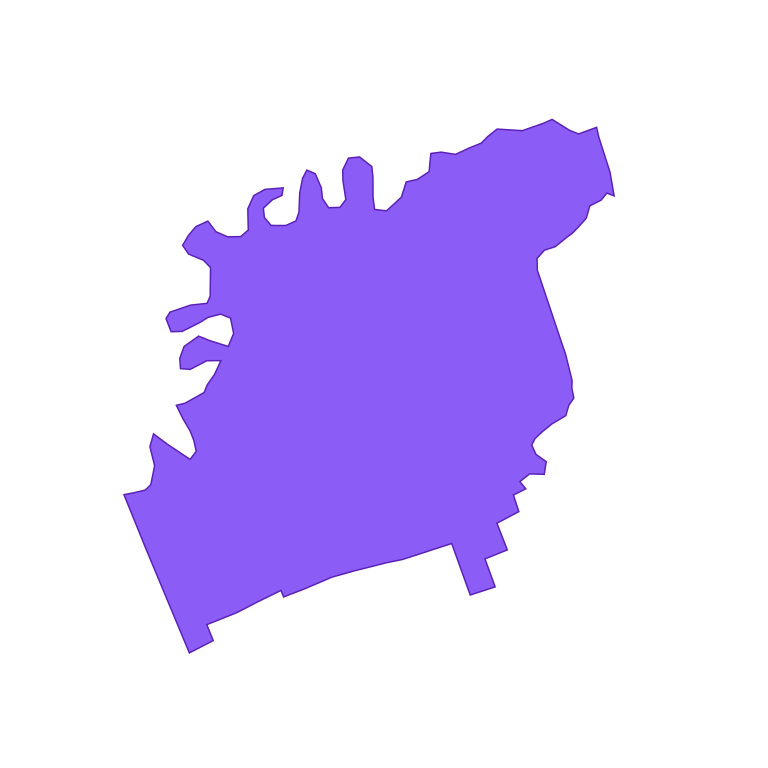 outline of Anta Gorda, Rio Grande do Sul, Brazil, rotated 252°
{"feature_id": "56859067B56588951135197", "entity_name": "Anta Gorda", "entity_type": "district", "adm_level": 2, "iso_a3": "BRA", "parent_name": "Brazil", "parent_adm1": "Rio Grande do Sul", "projection": "mercator", "projection_center": [-51.971, -28.974], "detail": "fine", "context": "isolated", "style": "filled", "palette": "violet", "viewbox_px": 768, "rotation_deg": 252, "n_neighbors": 0, "source": "geoboundaries", "source_scale": "gbopen_adm2", "svg_char_len": 1971}
<svg xmlns="http://www.w3.org/2000/svg" viewBox="0 0 768 768"><g transform="rotate(252 384 384)"><path d="M592.7,308.6L572.4,302.5L568.5,293.3L572.3,280.7L580.8,271.2L593.4,266.8L591.8,253.7L585.8,244.0L578.1,235.3L567.8,238.4L557.4,250.6L548.3,255.0L521.2,245.8L515.4,240.6L518.8,224.4L518.5,202.7L513.6,196.9L499.5,197.7L496.4,208.3L499.3,227.3L501.7,237.0L501.0,250.1L494.1,258.4L478.5,256.6L467.8,247.5L479.3,231.4L486.8,222.5L481.5,205.5L471.5,197.7L461.5,195.2L457.8,204.2L460.9,222.7L456.6,236.1L445.5,225.8L437.9,215.7L431.5,210.3L427.2,188.7L427.9,179.9L412.7,182.1L399.3,185.1L389.1,185.7L378.0,184.6L372.2,176.3L393.5,159.5L407.8,149.4L396.7,142.0L377.2,140.6L360.3,131.1L356.9,124.1L357.8,113.1L359.1,102.5L301.8,106.6L188.4,115.8L192.8,142.3L209.9,141.1L212.1,173.8L215.7,195.5L219.5,222.2L212.5,222.7L213.7,244.8L216.4,274.6L215.5,297.7L213.3,330.4L211.4,347.4L211.4,399.1L156.7,400.8L156.7,427.0L186.5,426.0L188.1,450.0L216.7,448.4L221.0,472.8L238.4,472.8L240.5,486.4L249.2,483.1L253.5,494.7L248.6,508.5L260.0,514.3L270.1,506.8L280.3,505.6L285.5,510.9L289.6,519.6L294.3,531.8L297.7,547.1L306.5,553.1L312.0,560.2L322.1,561.4L329.4,564.0L356.5,565.9L367.6,565.7L444.9,565.0L456.2,568.4L461.7,578.0L461.7,589.4L466.6,602.0L469.3,610.0L473.9,618.6L479.1,627.5L489.8,634.8L491.8,647.4L496.7,654.9L491.8,661.0L515.6,664.4L552.5,664.6L562.4,665.5L561.7,646.2L568.1,638.7L583.7,625.6L582.7,616.1L582.2,593.8L591.5,570.3L587.3,559.2L583.0,550.9L582.2,538.8L580.3,523.0L586.9,509.9L588.8,499.8L572.0,492.5L568.3,478.9L569.3,467.5L556.3,458.3L547.9,439.9L552.9,429.0L564.7,431.2L584.2,437.4L594.6,439.6L607.5,430.9L609.8,420.0L600.2,410.8L590.0,407.8L571.2,404.7L565.6,396.7L568.8,385.8L579.3,382.8L590.0,385.0L605.2,383.6L611.3,376.8L604.9,370.2L591.8,362.9L573.6,356.2L566.3,350.6L565.1,339.5L569.7,325.6L579.3,321.7L588.5,323.6L593.7,334.8L594.9,345.3L601.7,348.7L605.9,330.9L603.4,318.3L592.7,308.6Z" fill="#8b5cf6" stroke="#5b21b6" stroke-width="1.5"/></g></svg>